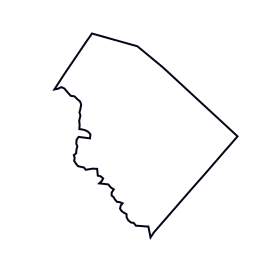 the district of Trizidela do Vale, Maranhão, Brazil, rotated 132°
{"feature_id": "56859067B97316284417201", "entity_name": "Trizidela do Vale", "entity_type": "district", "adm_level": 2, "iso_a3": "BRA", "parent_name": "Brazil", "parent_adm1": "Maranhão", "projection": "orthographic", "projection_center": [-44.635, -4.551], "detail": "fine", "context": "isolated", "style": "outline", "palette": "ink", "viewbox_px": 256, "rotation_deg": 132, "n_neighbors": 0, "source": "geoboundaries", "source_scale": "gbopen_adm2", "svg_char_len": 1101}
<svg xmlns="http://www.w3.org/2000/svg" viewBox="0 0 256 256"><g transform="rotate(132 128 128)"><path d="M81.9,218.0L87.1,217.3L90.0,217.0L131.2,211.3L148.6,208.5L145.5,206.2L142.3,205.0L141.2,201.7L141.9,196.8L142.4,192.1L140.3,189.0L140.5,185.2L140.4,181.2L142.0,178.4L145.9,176.0L148.8,174.6L150.7,171.6L155.2,169.2L158.3,165.8L161.4,163.4L159.8,161.2L158.2,158.1L157.5,155.3L157.8,151.8L161.1,149.3L167.7,158.8L171.2,158.3L174.3,155.9L175.5,153.4L178.6,151.8L181.6,149.6L184.4,150.1L185.8,147.7L188.4,146.1L189.4,142.4L189.8,139.6L188.2,136.7L186.8,134.2L187.3,131.4L182.0,127.2L179.0,123.6L181.1,121.3L183.6,118.6L182.2,116.0L182.1,112.7L185.0,112.0L188.4,112.3L185.3,108.0L183.1,104.8L183.7,100.8L183.1,97.5L187.0,96.9L189.1,95.0L189.1,92.3L189.9,89.8L190.2,86.7L188.6,84.4L187.6,81.6L190.3,81.6L193.3,79.9L194.0,77.3L193.7,74.4L193.0,71.5L195.3,69.2L196.4,66.2L196.3,62.7L194.7,60.2L195.3,56.7L192.4,53.1L189.8,49.6L187.6,46.9L194.3,38.0L188.2,38.9L130.2,39.9L109.5,40.1L80.0,40.7L71.4,40.8L60.9,41.0L59.6,142.6L61.0,175.7L81.9,218.0Z" fill="none" stroke="#020617" stroke-width="2"/></g></svg>